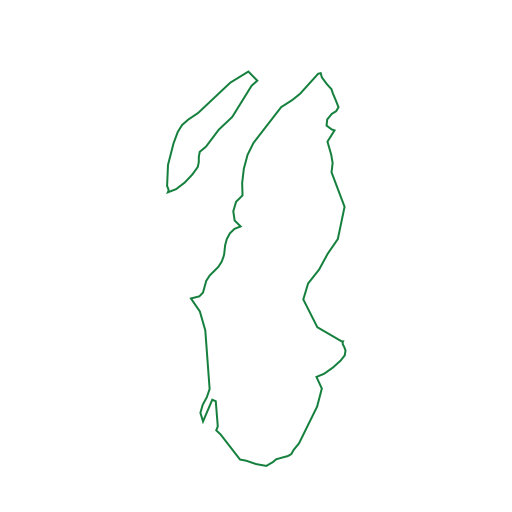 Nord-Ouest, Natural Earth projection, rotated 293°
{"feature_id": "HTI-1361", "entity_name": "Nord-Ouest", "entity_type": "Department", "adm_level": 1, "iso_a3": "HTI", "parent_name": "Haiti", "parent_adm1": "", "projection": "natural_earth1", "projection_center": [-72.992, 19.852], "detail": "fine", "context": "isolated", "style": "outline", "palette": "green", "viewbox_px": 512, "rotation_deg": 293, "n_neighbors": 0, "source": "natural_earth", "source_scale": "10m", "svg_char_len": 1484}
<svg xmlns="http://www.w3.org/2000/svg" viewBox="0 0 512 512"><g transform="rotate(293 256 256)"><path d="M211.4,369.4L210.8,369.3L208.6,370.4L206.6,372.9L203.8,375.4L199.2,376.5L192.9,374.8L183.4,370.4L174.1,364.6L168.3,358.9L159.7,368.4L141.3,371.1L100.4,368.8L92.3,366.4L87.5,365.9L84.5,363.7L76.9,354.1L72.8,352.0L66.8,347.5L64.5,337.4L63.7,326.7L62.4,320.8L77.8,293.3L80.0,287.5L84.2,287.4L106.6,275.7L106.6,271.9L83.0,271.9L89.9,266.1L98.1,265.1L106.8,265.9L115.4,265.3L167.7,238.4L183.0,226.0L191.5,212.7L196.7,219.6L201.6,221.5L213.7,219.9L220.0,221.0L231.3,225.6L237.3,226.6L242.4,226.4L245.2,226.0L253.8,223.4L260.1,222.5L266.7,223.1L272.6,225.6L277.2,230.3L280.3,222.5L288.3,217.6L298.2,216.5L306.5,219.9L317.9,214.7L331.6,210.7L345.8,208.7L359.2,209.5L402.9,221.0L413.7,228.4L422.6,233.2L448.0,242.0L449.6,244.1L446.1,246.9L441.9,254.1L439.1,260.2L435.6,263.3L430.8,268.3L425.2,273.8L420.6,273.2L416.4,270.2L409.5,268.2L403.6,270.0L402.1,276.1L402.3,279.2L389.2,277.1L378.7,285.6L371.6,290.2L362.6,292.8L335.9,318.3L303.6,324.7L286.1,321.1L268.3,319.4L251.1,314.7L234.5,316.5L214.4,340.3L210.9,368.0L211.4,369.4ZM327.2,136.1L339.6,135.5L347.8,136.8L355.2,140.4L365.0,146.8L405.5,164.6L422.8,176.9L417.9,188.7L411.0,185.4L374.7,179.8L357.8,172.4L337.0,167.2L329.9,163.5L325.0,164.6L319.9,166.7L315.2,167.6L306.3,165.6L295.8,161.7L286.3,156.3L280.2,150.0L282.0,150.0L283.2,149.3L285.7,146.8L305.5,139.4L327.2,136.1Z" fill="none" stroke="#15803d" stroke-width="2"/></g></svg>